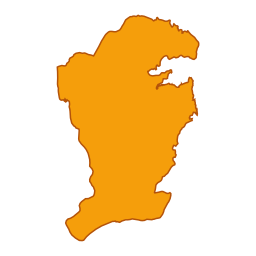 Tanga Urban, Tanga, United Republic of Tanzania (Robinson projection)
{"feature_id": "72390352B10610893489740", "entity_name": "Tanga Urban", "entity_type": "district", "adm_level": 2, "iso_a3": "TZA", "parent_name": "United Republic of Tanzania", "parent_adm1": "Tanga", "projection": "robinson", "projection_center": [39.063, -5.126], "detail": "fine", "context": "isolated", "style": "filled", "palette": "amber", "viewbox_px": 256, "rotation_deg": 0, "n_neighbors": 0, "source": "geoboundaries", "source_scale": "gbopen_adm2", "svg_char_len": 5692}
<svg xmlns="http://www.w3.org/2000/svg" viewBox="0 0 256 256"><path d="M57.3,67.1L57.6,71.9L57.7,78.1L57.5,84.1L57.8,86.3L58.4,88.1L58.3,90.1L58.4,92.0L59.3,97.5L59.7,99.0L60.4,99.7L61.1,100.1L62.2,100.1L63.0,99.8L63.4,99.8L64.3,100.9L64.6,100.4L64.6,99.8L65.0,98.9L65.8,100.1L65.2,100.7L65.2,101.2L65.6,101.9L66.4,101.5L66.4,100.5L67.0,99.8L67.7,100.7L68.4,100.7L69.3,101.6L69.6,104.1L69.2,106.8L69.8,109.1L70.1,111.4L70.5,118.0L71.7,123.0L73.8,125.9L75.1,126.6L75.9,127.9L78.9,129.1L79.2,130.4L78.7,138.9L79.1,140.8L81.2,143.8L84.3,147.0L86.2,149.5L88.0,153.0L88.6,155.0L89.7,159.5L89.9,162.8L89.7,166.2L92.1,169.0L93.1,171.3L92.5,174.3L90.7,176.8L89.7,179.4L89.8,181.5L91.1,183.4L92.0,185.4L93.4,186.9L94.8,190.6L94.4,193.7L93.8,195.4L93.1,196.3L88.4,198.6L85.5,198.7L81.6,201.7L80.1,203.4L79.3,205.6L80.0,208.3L80.0,210.7L78.7,212.2L73.2,216.7L70.4,218.3L68.0,219.0L66.4,220.6L65.7,223.0L66.4,224.9L68.9,229.3L70.0,232.1L71.9,235.0L75.4,238.0L79.3,240.4L82.1,240.6L83.7,240.2L86.5,236.7L89.9,233.6L95.9,229.2L101.6,225.9L112.5,221.4L113.8,221.4L115.3,221.1L116.1,221.9L116.8,221.6L119.7,222.3L121.9,221.0L125.6,219.8L127.6,219.8L130.1,219.5L132.2,218.9L138.6,219.9L140.8,220.5L142.4,220.6L144.4,220.4L146.9,219.3L151.9,219.7L153.0,219.3L154.0,219.2L156.1,218.5L158.9,218.0L159.9,217.7L160.3,217.4L162.5,214.4L163.6,211.8L164.1,209.7L167.6,203.2L168.7,201.7L170.1,198.6L170.8,195.4L170.8,193.5L169.9,192.7L168.7,193.3L167.0,193.4L162.9,191.5L161.2,191.5L159.2,192.1L154.9,192.9L154.5,192.6L155.4,188.9L155.8,185.6L156.2,184.5L157.8,182.7L160.2,181.3L161.3,180.3L161.8,179.3L162.5,176.8L164.4,176.2L165.9,174.6L167.6,173.3L171.1,167.4L172.6,165.8L174.8,164.7L175.0,163.7L174.4,162.1L173.2,160.6L172.9,159.3L172.9,158.2L174.1,157.1L174.6,157.3L175.2,157.2L176.1,154.9L175.4,153.9L175.4,151.2L175.1,150.1L173.2,149.9L172.6,149.0L172.6,147.9L173.6,145.4L174.4,145.5L175.8,146.1L176.4,145.2L177.9,143.6L177.2,141.3L177.2,139.6L177.7,136.1L178.2,134.9L179.7,133.1L179.9,131.5L180.9,129.8L181.6,129.3L181.7,128.8L182.1,128.1L183.8,127.0L184.5,126.2L185.6,123.9L186.3,123.1L191.1,120.8L191.9,120.7L192.2,120.3L191.8,119.8L192.2,118.6L189.7,119.0L189.4,117.9L189.7,117.8L189.9,117.3L189.7,116.9L189.9,116.4L190.4,115.6L192.2,115.3L193.4,112.3L195.1,112.5L195.4,113.3L195.7,112.9L195.9,113.4L196.7,113.7L196.9,114.0L196.8,114.9L197.1,115.1L197.1,114.7L197.4,114.0L196.9,110.9L196.1,110.4L196.9,110.6L196.7,109.8L197.0,109.8L197.0,109.4L196.1,108.8L196.5,108.4L196.1,108.3L195.6,107.2L195.8,106.0L195.6,105.5L195.8,105.2L195.4,104.4L195.2,104.3L195.3,104.0L195.1,101.9L194.7,101.4L194.7,101.0L194.9,100.6L194.5,99.9L194.7,99.3L194.2,99.4L193.7,100.2L193.0,100.1L193.3,99.8L193.0,99.0L192.9,97.5L193.2,97.1L193.2,98.0L193.3,96.8L193.5,96.2L193.5,95.1L194.1,94.9L193.4,95.0L192.8,94.4L192.3,90.7L191.9,89.5L191.9,88.4L192.2,87.7L192.2,86.6L192.9,85.6L192.8,84.6L192.9,83.5L192.6,81.9L193.0,81.5L193.0,80.5L192.1,79.7L191.6,78.4L191.1,77.7L190.3,77.9L189.4,77.5L189.1,78.0L188.5,80.0L188.5,81.6L187.6,82.5L186.3,82.6L185.5,83.1L184.9,83.1L184.3,83.6L183.7,83.6L181.8,84.6L181.6,84.4L181.8,84.1L181.6,83.8L181.6,84.2L181.3,84.1L179.3,85.8L178.9,86.4L179.0,86.5L178.8,87.2L177.0,87.3L175.6,86.4L174.3,85.0L173.6,85.0L173.0,84.6L172.1,84.7L172.0,84.4L171.9,84.6L171.0,84.3L170.0,84.4L169.7,84.3L169.6,83.9L168.9,83.3L166.8,84.3L164.7,84.7L164.0,85.1L163.6,84.7L162.4,84.8L162.3,85.2L162.4,85.4L162.2,85.5L161.6,85.2L161.6,84.7L160.5,85.3L160.5,85.7L159.7,85.8L159.5,85.4L159.0,85.4L157.8,86.3L158.1,86.6L157.7,86.7L157.4,87.5L157.5,87.7L157.3,87.7L157.6,88.1L157.3,88.2L157.3,88.8L157.1,89.0L156.8,89.0L156.4,88.2L156.6,87.1L158.0,84.5L159.3,84.0L162.3,82.4L163.3,78.8L166.3,78.9L167.5,78.3L167.5,77.2L168.0,75.6L168.1,74.3L169.9,72.5L170.6,72.3L171.3,72.9L171.8,72.3L171.4,70.1L170.4,69.9L168.9,70.9L167.4,71.0L166.3,71.4L165.5,72.4L164.1,72.9L163.0,72.7L161.5,72.9L160.0,74.8L158.7,75.4L156.0,75.4L152.7,75.9L150.7,75.5L149.7,75.0L148.8,74.0L147.8,72.0L147.8,71.4L148.6,71.3L149.5,70.3L151.5,69.1L152.5,69.1L153.1,69.4L154.3,68.5L155.7,69.7L156.2,69.5L156.5,69.1L156.1,67.8L156.2,66.7L156.5,65.7L157.1,65.1L157.5,65.2L158.1,66.2L159.3,66.0L160.0,65.4L160.2,61.9L160.7,60.5L161.7,58.8L163.8,56.6L166.1,55.6L167.3,56.2L167.8,57.1L168.2,58.3L168.9,59.0L169.6,59.3L173.7,57.1L174.6,57.1L175.9,57.8L178.0,57.3L180.1,55.6L181.1,55.3L182.0,55.7L183.4,56.8L184.6,57.2L186.1,56.7L187.7,56.5L188.9,56.7L189.8,57.8L191.2,58.3L192.3,59.0L194.0,59.4L194.9,58.8L196.1,57.7L196.6,53.8L196.3,52.0L197.4,47.9L198.2,46.6L198.7,45.1L198.7,43.3L198.4,42.2L196.4,40.0L194.6,37.4L190.9,34.5L188.9,32.3L188.2,31.1L187.6,30.9L187.3,31.9L186.5,31.9L185.8,31.4L184.6,31.2L183.3,31.8L182.9,33.0L182.1,33.1L182.1,31.4L181.7,29.9L180.8,29.6L179.4,30.0L178.9,30.8L178.3,30.1L178.0,28.1L177.5,28.1L177.4,27.8L177.9,26.9L178.0,26.4L177.3,25.8L176.3,25.8L175.5,25.5L173.9,23.8L173.6,24.1L173.6,24.6L173.2,25.9L172.5,26.9L172.0,27.0L171.4,26.3L169.7,23.1L170.1,21.0L170.1,20.5L169.8,20.2L169.3,20.2L167.3,21.2L165.0,21.2L162.9,20.3L161.1,19.8L159.3,19.6L158.6,19.2L157.5,17.6L157.2,17.5L156.7,17.9L156.3,19.7L155.8,20.0L154.9,19.9L153.9,20.8L153.5,20.8L151.7,19.2L144.2,16.3L141.7,15.9L139.7,16.2L138.5,15.4L138.0,15.4L136.3,16.5L134.2,16.1L132.8,16.2L132.2,16.6L130.2,16.7L127.5,18.5L125.6,20.0L123.4,24.4L122.6,25.4L121.0,28.3L119.7,30.0L116.1,31.7L114.5,31.8L111.7,31.4L109.9,31.4L108.5,32.0L106.2,34.0L105.2,35.2L101.6,41.0L98.8,46.6L93.6,55.9L90.8,55.0L88.5,54.6L85.6,53.3L84.5,53.0L82.3,53.3L79.6,52.6L76.0,53.3L74.0,54.6L73.4,56.0L72.6,56.7L69.9,58.2L69.2,59.7L69.3,60.7L69.1,61.3L67.9,62.6L66.9,63.3L66.1,65.3L65.6,65.7L65.0,65.9L63.9,65.9L61.9,65.5L59.0,66.3L57.3,67.1Z" fill="#f59e0b" stroke="#b45309" stroke-width="1.5"/></svg>